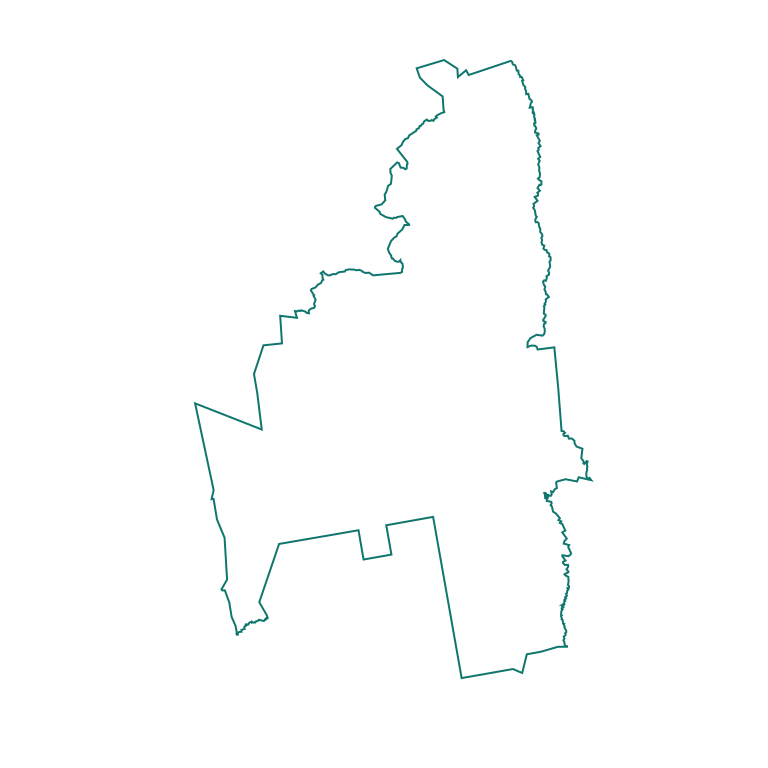 outline of Casas Grandes, Chihuahua, Mexico, rotated 350°
{"feature_id": "50627088B75483680253785", "entity_name": "Casas Grandes", "entity_type": "district", "adm_level": 2, "iso_a3": "MEX", "parent_name": "Mexico", "parent_adm1": "Chihuahua", "projection": "natural_earth1", "projection_center": [-108.11, 30.215], "detail": "fine", "context": "isolated", "style": "outline", "palette": "teal", "viewbox_px": 768, "rotation_deg": 350, "n_neighbors": 0, "source": "geoboundaries", "source_scale": "gbopen_adm2", "svg_char_len": 6149}
<svg xmlns="http://www.w3.org/2000/svg" viewBox="0 0 768 768"><g transform="rotate(350 384 384)"><path d="M565.0,87.8L521.1,94.4L519.3,89.3L510.1,94.6L511.0,86.2L499.4,75.4L471.0,78.8L472.5,88.4L478.7,97.5L491.7,111.0L490.3,124.0L490.6,126.8L487.8,127.1L482.7,128.7L481.5,129.6L482.3,130.8L479.8,131.8L478.4,133.4L476.8,132.3L475.6,132.9L473.0,132.5L472.1,131.0L469.0,132.4L467.8,134.4L466.4,134.8L465.2,136.2L463.9,136.1L462.8,138.1L460.2,138.9L459.8,140.2L452.1,143.5L450.2,146.1L447.5,146.4L444.5,149.1L442.9,151.7L437.6,154.7L445.4,169.1L445.5,171.2L444.6,172.1L443.7,175.8L442.2,176.2L440.7,174.5L438.0,173.8L436.9,168.9L435.4,168.1L427.5,173.4L427.1,177.4L427.9,180.0L426.4,185.5L425.4,188.2L422.5,189.5L419.6,195.3L417.6,197.4L417.1,203.4L412.8,206.7L407.0,207.2L406.0,207.9L405.7,208.9L409.7,213.8L409.5,215.0L410.3,216.2L414.9,220.0L421.2,222.7L422.4,222.0L424.8,222.5L425.8,221.9L431.6,221.8L433.4,225.8L433.7,227.9L436.4,231.1L436.4,231.7L431.8,231.0L428.8,235.0L423.4,238.3L421.8,240.9L419.7,241.5L415.9,244.3L411.3,251.4L411.9,255.7L413.4,258.8L413.2,260.3L413.8,261.9L414.5,261.9L416.1,264.7L418.0,265.8L419.9,266.2L421.3,265.1L421.1,265.8L422.0,266.3L422.0,267.4L423.1,268.7L422.9,272.4L421.6,274.5L421.3,276.7L419.5,277.4L392.1,275.1L388.7,271.8L385.0,271.4L382.5,269.8L381.6,268.5L379.1,267.2L376.7,267.3L374.3,266.1L369.7,265.1L366.1,265.1L365.1,266.4L359.0,266.1L355.5,267.5L352.9,266.9L349.2,267.6L347.6,267.2L344.7,264.6L343.7,262.6L340.9,264.0L342.3,265.7L341.9,268.6L342.4,270.8L341.2,271.1L339.5,273.6L336.1,274.7L333.2,277.1L329.2,277.8L328.2,279.2L330.6,284.4L329.9,284.9L331.3,289.2L329.2,292.6L329.0,293.7L329.6,295.0L329.0,296.2L328.1,297.0L325.7,297.0L323.3,298.0L322.5,299.1L322.4,301.3L320.4,300.7L319.1,299.0L315.2,297.0L314.4,297.7L312.8,296.9L311.1,297.4L309.0,296.7L309.8,303.7L293.6,298.8L290.6,326.3L272.0,325.0L257.7,351.6L257.6,370.9L255.7,407.6L194.6,370.3L197.8,458.9L194.2,467.5L196.2,467.6L196.0,488.4L200.3,507.8L195.5,549.4L188.3,558.0L188.7,559.1L191.5,559.7L193.7,572.4L193.5,586.9L195.8,596.4L195.9,603.5L195.3,604.1L195.8,605.5L196.5,605.4L196.8,603.7L198.6,603.0L200.6,603.3L200.9,601.4L204.2,601.0L204.0,599.5L205.5,597.8L205.9,598.2L206.7,597.8L206.6,596.8L208.7,597.3L209.6,595.9L212.1,595.0L212.4,596.0L213.1,595.6L213.9,596.3L215.8,596.5L216.1,595.7L219.3,595.2L219.8,594.5L224.5,596.5L226.1,595.8L225.9,595.2L227.3,594.2L227.9,594.8L228.8,594.4L228.5,591.7L223.3,577.2L252.9,523.3L333.5,523.6L333.4,553.3L361.7,553.3L361.7,523.5L409.3,523.4L409.4,687.1L461.5,687.1L469.9,692.6L477.7,675.0L492.3,674.9L509.5,673.0L518.6,674.5L518.6,673.9L516.7,673.6L516.8,669.8L516.2,667.5L517.5,666.1L517.1,664.0L519.1,662.8L519.5,661.5L519.2,660.9L520.4,660.0L520.6,658.6L519.4,655.0L519.8,654.1L519.2,652.1L519.8,651.5L518.8,650.9L518.9,647.4L518.0,646.5L518.5,645.7L518.0,643.1L518.9,642.6L518.4,641.6L519.1,638.8L520.1,637.5L520.0,636.6L520.7,636.6L520.3,635.6L521.8,634.9L520.9,634.2L522.3,633.1L521.0,632.6L523.2,632.1L522.8,631.3L523.5,630.9L524.0,628.4L524.8,628.8L525.1,627.0L526.0,626.8L525.4,625.3L527.3,624.4L526.8,622.3L527.7,622.0L528.7,619.2L529.8,618.4L529.2,617.7L529.3,616.8L530.1,617.3L531.0,616.5L531.0,614.9L530.3,613.9L531.5,610.4L532.0,605.9L529.4,604.0L528.7,602.7L532.9,601.4L533.0,600.6L531.5,598.2L533.8,595.8L533.8,594.0L530.6,593.6L529.2,591.2L529.5,590.2L532.1,589.4L529.7,584.6L529.9,583.6L535.7,585.6L537.8,584.6L538.9,583.2L537.1,576.5L538.4,574.8L533.3,572.4L534.4,570.1L537.1,567.9L533.8,561.1L537.1,559.8L535.2,552.8L533.1,551.4L534.7,550.1L532.2,548.3L533.9,546.8L530.9,541.5L528.3,539.0L528.1,533.7L527.0,532.3L528.3,530.9L528.3,529.1L524.0,527.5L524.2,526.3L525.8,524.1L524.9,523.3L524.1,524.4L522.9,524.4L523.3,521.0L522.8,519.3L524.0,519.2L525.0,521.2L524.7,521.8L526.7,521.7L527.3,522.8L529.1,523.0L530.0,521.8L530.0,518.8L531.8,519.8L533.8,517.4L536.2,516.5L536.4,510.9L537.4,510.1L546.3,509.3L557.2,513.5L559.6,509.7L571.4,514.7L570.0,512.1L568.3,513.2L567.3,510.2L567.9,506.2L569.2,504.1L569.2,502.2L570.0,500.7L569.7,498.3L571.1,495.8L570.4,495.1L567.2,497.5L566.6,496.6L567.1,495.8L567.0,494.5L565.4,491.4L568.2,482.2L562.7,479.0L561.4,475.4L561.7,473.1L559.7,470.4L556.6,469.9L556.1,466.9L553.1,466.7L552.0,465.9L551.9,464.5L553.8,463.5L552.6,461.7L550.7,461.1L554.9,418.0L558.1,377.5L541.3,376.7L540.9,374.0L539.5,372.6L535.7,371.7L531.7,372.6L532.8,367.7L536.3,364.2L542.8,362.0L548.4,363.9L550.3,362.8L551.3,360.8L551.8,357.4L551.2,354.6L552.3,352.3L553.6,352.2L553.9,351.0L552.0,349.6L551.8,348.7L555.1,344.9L555.1,343.7L553.8,342.8L553.7,342.0L555.2,336.7L554.9,335.2L556.5,334.0L556.0,333.0L557.6,331.4L558.0,328.7L561.5,326.9L560.0,324.0L559.1,323.7L559.2,321.1L558.4,318.9L559.7,315.9L558.7,314.2L558.4,310.7L559.8,309.7L561.3,310.5L562.8,307.9L562.7,306.1L565.4,305.0L565.9,303.1L565.3,300.9L568.1,297.2L568.2,292.3L569.6,291.1L570.0,288.0L568.7,286.9L569.4,285.1L569.0,283.8L567.5,282.8L567.3,280.4L565.4,279.7L564.5,278.3L565.9,275.6L564.2,274.5L563.6,272.0L564.7,269.8L564.3,267.4L565.6,266.1L565.7,263.9L564.2,261.4L564.9,258.2L564.1,256.1L564.3,252.3L563.2,251.2L561.7,251.1L561.2,249.6L562.1,247.4L563.5,245.9L562.7,244.5L562.7,239.0L561.5,236.4L562.8,234.9L562.5,232.6L567.0,230.3L564.9,225.9L568.2,225.3L568.8,223.8L568.2,222.3L571.1,220.7L569.2,217.7L571.7,214.8L572.6,215.3L573.6,214.9L574.2,211.6L572.2,210.0L571.3,208.4L573.2,207.4L574.2,203.8L573.8,201.4L574.6,197.4L574.0,194.4L576.1,191.2L574.9,189.0L577.3,187.5L575.6,181.4L577.1,180.2L576.8,178.4L579.5,176.9L578.0,173.5L579.7,171.6L577.6,165.6L579.6,165.2L579.6,164.1L576.4,162.5L576.8,160.9L578.3,158.8L577.8,156.3L576.9,155.6L577.1,153.4L578.3,153.4L578.7,152.4L578.2,150.2L578.7,150.1L578.8,149.0L578.1,146.9L578.9,145.2L578.8,143.7L578.0,143.7L577.5,142.6L577.9,141.5L578.4,141.6L578.0,139.8L578.6,138.3L578.4,137.2L575.5,137.2L577.6,132.6L578.7,131.8L578.5,130.2L576.8,128.5L576.5,123.3L574.4,123.3L574.8,120.2L574.1,117.9L574.7,116.3L573.1,113.4L572.7,109.4L573.8,109.2L573.2,106.3L572.5,105.1L571.4,105.3L571.2,103.2L570.4,102.2L570.7,98.7L569.2,98.4L568.8,93.8L568.4,92.8L566.9,92.0L566.2,91.0L566.2,89.2L565.0,87.8Z" fill="none" stroke="#0f766e" stroke-width="2"/></g></svg>